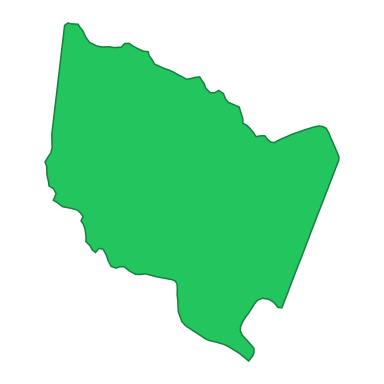 São Cristóvão, Sergipe, Brazil
{"feature_id": "56859067B41958446559326", "entity_name": "São Cristóvão", "entity_type": "district", "adm_level": 2, "iso_a3": "BRA", "parent_name": "Brazil", "parent_adm1": "Sergipe", "projection": "albers", "projection_center": [-37.21, -10.968], "detail": "fine", "context": "isolated", "style": "filled", "palette": "green", "viewbox_px": 384, "rotation_deg": 0, "n_neighbors": 0, "source": "geoboundaries", "source_scale": "gbopen_adm2", "svg_char_len": 2151}
<svg xmlns="http://www.w3.org/2000/svg" viewBox="0 0 384 384"><path d="M326.1,128.1L322.8,126.6L318.7,126.0L313.2,127.2L308.4,128.7L304.5,129.9L300.3,131.4L296.8,132.6L292.0,134.3L285.4,137.2L279.3,139.9L274.2,142.6L270.8,142.1L267.1,138.9L264.8,135.8L260.6,135.8L256.0,136.6L253.0,132.0L249.8,128.3L247.0,125.4L242.9,123.3L242.9,118.8L241.1,113.1L239.1,106.9L233.8,104.7L228.4,102.4L225.5,98.9L223.4,93.5L218.7,90.4L214.5,92.8L210.3,92.8L205.6,88.0L204.0,83.3L201.8,80.4L199.7,76.9L194.5,77.5L190.5,78.6L186.6,79.3L182.6,77.0L178.5,75.0L173.9,72.3L168.9,70.0L164.1,68.5L159.0,66.1L154.7,64.2L152.0,59.6L149.1,55.5L148.2,51.7L143.4,51.2L137.5,48.5L132.9,46.0L129.1,43.3L124.6,43.6L121.2,47.2L117.6,47.4L114.1,47.6L109.2,46.8L102.0,47.0L96.5,45.9L92.9,44.0L89.5,42.4L85.9,37.3L83.1,31.2L80.2,27.7L78.1,24.2L71.8,23.9L67.8,23.0L64.6,25.4L51.8,134.3L52.1,147.7L50.8,153.0L47.6,157.7L45.0,162.0L46.5,165.6L46.8,169.9L46.9,174.1L47.6,178.0L48.5,181.7L49.1,186.1L53.5,188.6L56.1,193.6L53.3,200.3L57.0,202.4L62.4,206.6L71.3,208.4L77.2,210.0L80.2,212.7L83.1,216.3L81.0,220.9L83.3,224.1L85.0,228.9L86.1,236.4L85.9,241.5L90.1,245.8L92.2,249.8L95.5,252.5L98.9,248.4L103.0,249.2L106.2,254.8L108.3,261.0L111.1,266.4L116.1,268.1L119.7,266.8L124.2,266.8L129.0,270.7L135.4,274.3L139.6,274.5L145.6,273.9L156.8,276.8L163.4,278.0L172.0,279.7L175.2,280.9L177.1,284.4L177.3,289.2L177.1,294.4L177.8,300.2L178.3,311.7L181.8,321.4L185.8,326.0L202.3,336.7L205.6,339.0L209.5,340.6L216.1,342.1L223.9,344.4L228.1,346.4L239.5,353.4L248.7,361.0L252.8,355.8L254.0,352.5L253.9,348.2L247.4,340.7L244.7,337.9L242.1,334.9L240.2,330.5L240.6,326.5L242.5,322.1L245.3,317.5L248.2,313.7L251.6,308.5L254.8,303.5L257.5,300.2L262.5,298.3L268.9,299.3L273.8,302.3L278.1,307.5L281.9,307.8L285.0,299.6L288.0,292.0L291.6,282.4L295.3,272.8L298.4,264.7L301.5,257.0L304.5,249.2L306.2,244.6L308.1,239.7L311.1,231.6L314.3,223.5L317.2,215.8L321.1,206.0L322.7,201.9L324.0,198.4L325.9,193.6L327.6,189.2L329.8,183.4L332.0,177.8L333.9,172.8L335.5,168.6L337.2,164.3L338.7,160.6L339.0,157.1L336.6,151.1L333.0,142.8L330.9,138.4L328.8,133.0L326.1,128.1Z" fill="#22c55e" stroke="#15803d" stroke-width="1.5"/></svg>